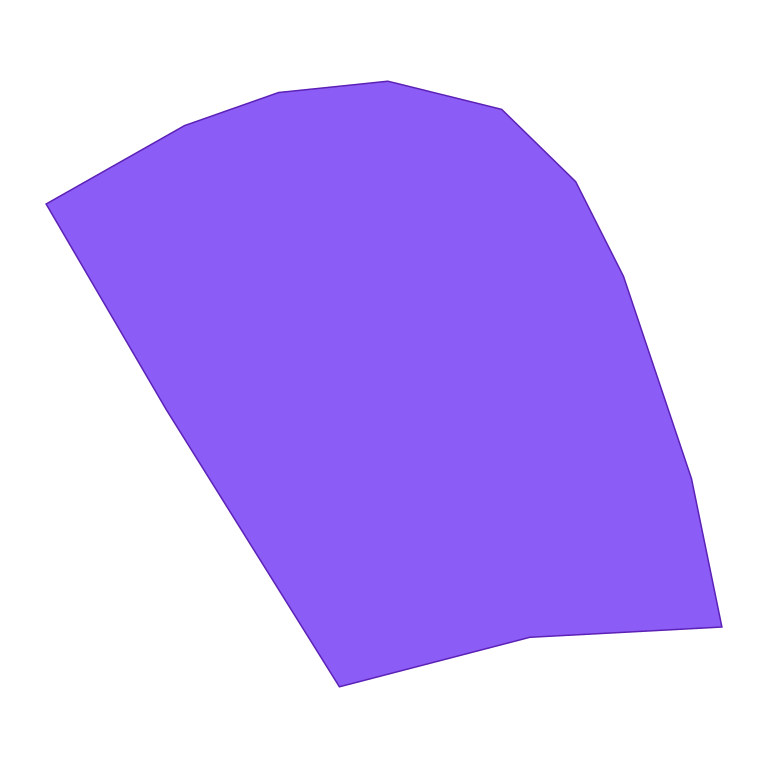 the border of Mosteiros
{"feature_id": "CPV-5043", "entity_name": "Mosteiros", "entity_type": "state/province", "adm_level": 1, "iso_a3": "CPV", "parent_name": "Cabo Verde", "parent_adm1": "", "projection": "robinson", "projection_center": [-24.364, 14.995], "detail": "fine", "context": "isolated", "style": "filled", "palette": "violet", "viewbox_px": 768, "rotation_deg": 0, "n_neighbors": 0, "source": "natural_earth", "source_scale": "10m", "svg_char_len": 284}
<svg xmlns="http://www.w3.org/2000/svg" viewBox="0 0 768 768"><path d="M46.1,204.0L184.5,125.6L278.6,92.5L387.8,81.2L501.7,109.4L575.7,181.7L623.5,276.4L691.5,478.7L721.9,627.0L529.8,637.3L339.4,686.8L166.3,409.7L46.1,204.0Z" fill="#8b5cf6" stroke="#5b21b6" stroke-width="1.5"/></svg>